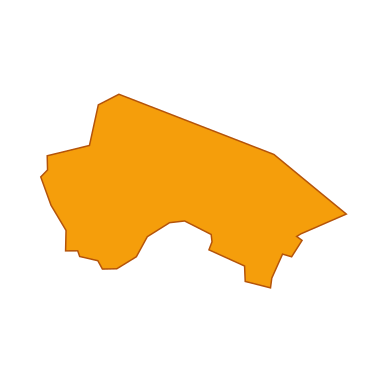 outline of Yirol East, Lakes, South Sudan, rotated 341°
{"feature_id": "79223893B59833655345818", "entity_name": "Yirol East", "entity_type": "district", "adm_level": 2, "iso_a3": "SSD", "parent_name": "South Sudan", "parent_adm1": "Lakes", "projection": "mercator", "projection_center": [30.77, 6.774], "detail": "fine", "context": "isolated", "style": "filled", "palette": "amber", "viewbox_px": 384, "rotation_deg": 341, "n_neighbors": 0, "source": "geoboundaries", "source_scale": "gbopen_adm2", "svg_char_len": 566}
<svg xmlns="http://www.w3.org/2000/svg" viewBox="0 0 384 384"><g transform="rotate(341 192 192)"><path d="M330.7,263.1L313.6,235.3L281.7,183.2L154.7,75.8L131.8,79.1L110.2,114.6L66.9,110.6L62.6,124.1L53.9,128.5L54.4,158.7L60.4,187.3L53.3,206.5L64.8,210.4L64.8,216.4L80.6,226.3L82.2,235.7L95.9,240.1L118.3,235.1L135.2,219.7L160.8,213.7L175.6,217.0L196.3,238.4L194.7,245.6L189.2,252.2L217.6,279.1L213.2,293.9L235.0,308.2L239.4,299.4L257.4,280.2L265.1,285.7L280.3,273.6L276.5,268.1L281.4,267.0L330.7,263.1Z" fill="#f59e0b" stroke="#b45309" stroke-width="1.5"/></g></svg>